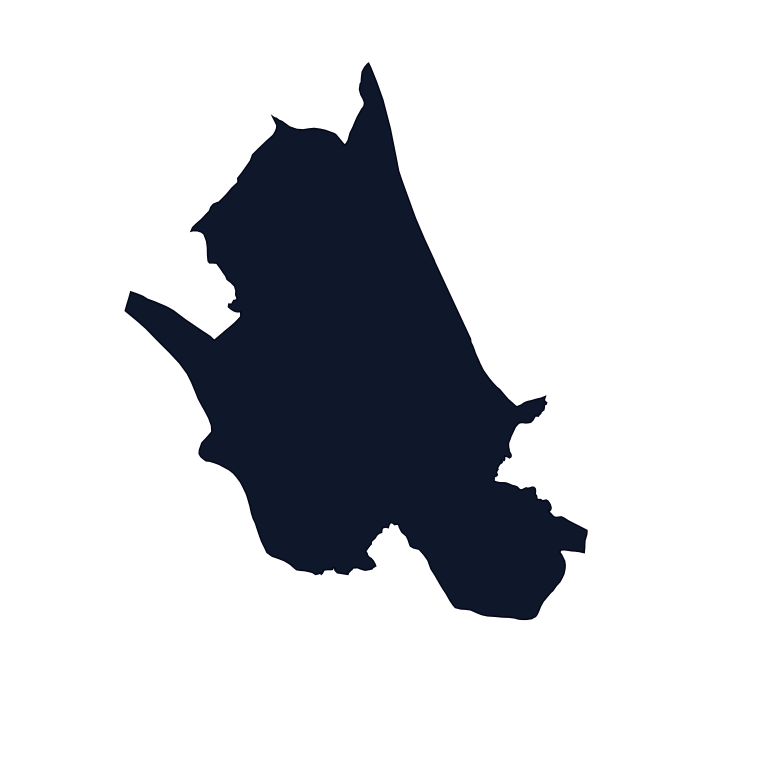 Ponhea Lueu, Kândal, Cambodia, rotated 139°
{"feature_id": "14789045B73499055416904", "entity_name": "Ponhea Lueu", "entity_type": "district", "adm_level": 2, "iso_a3": "KHM", "parent_name": "Cambodia", "parent_adm1": "Kândal", "projection": "robinson", "projection_center": [104.799, 11.777], "detail": "fine", "context": "isolated", "style": "filled", "palette": "ink", "viewbox_px": 768, "rotation_deg": 139, "n_neighbors": 0, "source": "geoboundaries", "source_scale": "gbopen_adm2", "svg_char_len": 5487}
<svg xmlns="http://www.w3.org/2000/svg" viewBox="0 0 768 768"><g transform="rotate(139 384 384)"><path d="M444.8,128.0L443.1,126.5L438.6,121.5L436.8,118.6L434.3,115.9L430.5,112.6L426.1,109.9L424.5,109.8L422.2,109.1L420.0,109.6L417.5,110.6L414.2,112.3L411.4,113.7L409.2,114.5L406.2,115.6L404.3,115.8L401.0,116.4L398.3,116.8L395.1,117.3L392.1,117.3L386.7,118.7L380.9,119.4L376.6,121.0L372.7,122.8L368.6,125.9L366.0,128.6L363.9,131.8L362.8,135.8L362.1,138.7L361.7,141.8L359.5,142.7L356.6,140.6L354.2,137.9L351.5,134.7L349.6,132.9L346.7,129.7L345.0,127.4L343.5,125.4L341.3,127.6L339.3,129.5L337.7,131.4L335.0,134.1L333.1,135.3L330.0,137.3L328.1,139.0L326.9,140.4L334.8,160.0L336.2,164.9L337.4,167.4L339.3,168.7L341.2,170.0L342.7,171.5L343.2,174.2L343.1,175.8L343.3,178.3L342.9,180.5L341.7,179.6L340.3,180.0L339.0,181.1L337.8,183.7L337.5,184.9L337.1,187.9L337.7,190.0L339.1,190.7L341.0,191.7L341.6,194.0L342.6,194.8L344.0,196.2L343.6,197.6L342.3,199.4L342.1,201.7L340.9,202.8L339.3,204.6L338.6,205.9L338.7,207.8L340.2,209.1L341.9,209.7L344.1,211.0L344.8,212.3L346.8,212.9L348.5,213.3L350.2,214.1L350.9,215.7L351.1,219.1L352.5,221.5L353.7,223.0L355.3,226.4L356.6,228.8L357.8,230.3L359.6,231.9L361.2,233.3L363.1,235.7L364.1,237.4L364.7,238.5L361.8,241.6L359.6,240.9L358.1,241.0L357.1,243.6L355.2,244.6L354.0,244.7L353.7,246.1L351.8,246.8L349.9,247.5L348.4,247.6L347.1,247.3L345.6,247.7L346.1,249.3L344.8,249.6L343.4,247.5L342.3,248.1L340.2,250.5L338.4,248.1L337.8,246.0L335.9,245.8L334.6,247.1L334.0,249.5L333.7,251.1L332.5,252.5L332.0,253.8L330.4,256.0L329.2,257.4L327.3,258.7L325.4,259.6L322.5,261.3L312.9,265.5L309.0,266.0L307.1,265.8L304.8,264.2L302.7,261.8L301.4,260.8L299.1,259.3L297.7,258.9L295.0,259.2L292.4,260.1L290.7,260.7L288.6,258.5L287.4,258.9L285.1,259.0L283.6,259.8L281.8,259.8L280.5,259.6L278.7,260.9L276.7,263.0L274.8,262.4L273.5,263.2L273.8,264.5L273.9,266.1L272.8,267.3L270.4,268.7L274.6,270.1L279.1,272.5L283.9,274.7L287.0,276.4L290.2,277.6L294.0,278.0L298.3,279.4L299.2,280.7L299.6,284.6L300.5,290.9L300.5,297.2L300.4,304.1L301.1,307.7L301.3,313.6L301.2,319.4L300.7,324.3L300.2,329.3L298.2,336.9L296.8,341.1L296.0,344.1L294.6,348.4L293.8,350.0L293.3,351.4L292.1,354.6L291.6,356.7L291.1,358.5L289.2,361.3L288.3,364.5L265.8,442.7L265.2,444.0L258.6,466.7L251.7,488.1L247.9,498.1L246.9,500.6L241.6,514.4L236.6,527.2L233.2,535.3L226.9,546.1L211.7,572.7L198.5,599.2L191.6,616.8L186.7,630.9L185.2,636.2L186.6,636.3L190.7,635.7L195.7,633.8L200.0,629.9L202.0,627.8L203.7,626.3L205.0,626.1L209.3,622.3L211.6,617.5L212.7,612.6L214.1,609.1L216.9,606.7L220.4,606.0L228.8,603.0L232.9,601.1L238.9,598.1L244.9,595.6L251.1,591.4L254.8,590.1L257.1,590.3L256.8,603.7L257.4,605.8L259.3,609.2L262.0,614.0L265.3,618.4L269.1,622.7L273.3,625.7L278.4,628.9L282.8,633.3L286.7,640.0L288.8,649.1L290.2,651.7L291.0,655.4L291.9,656.3L292.6,658.9L294.0,653.5L295.1,649.4L297.9,647.0L301.0,645.5L304.6,644.4L312.8,644.3L323.1,643.8L332.7,643.2L338.4,640.0L352.5,636.5L359.4,635.2L361.9,631.9L369.6,631.7L374.1,631.0L378.4,630.3L384.6,629.8L389.2,629.5L391.6,630.5L395.0,631.6L398.9,630.9L402.2,629.0L407.2,628.6L414.1,627.9L420.6,627.9L425.8,627.6L429.3,625.9L427.5,625.0L424.2,622.0L422.0,618.4L421.5,615.1L424.1,608.2L427.7,602.8L432.4,597.2L436.0,592.2L436.2,589.9L433.9,587.9L431.0,585.0L431.3,581.0L431.5,578.4L432.2,573.2L432.5,569.6L433.8,565.7L432.8,561.2L432.5,555.9L434.5,551.5L437.4,548.6L438.6,545.0L440.8,544.3L442.6,545.6L446.6,544.1L448.7,546.1L450.8,544.3L450.3,541.0L449.5,538.3L448.4,536.0L446.8,534.2L444.7,532.9L447.2,529.4L448.2,528.7L451.6,528.3L456.3,527.9L463.0,527.9L469.2,528.1L476.0,528.1L479.8,528.2L483.5,528.2L484.1,534.1L486.9,544.0L489.3,553.2L491.8,562.5L493.5,570.5L494.9,577.2L496.7,582.5L498.1,585.9L503.2,596.3L507.0,603.2L508.6,608.5L511.2,613.6L514.7,619.7L519.5,616.5L525.9,612.5L531.2,609.0L530.4,604.3L528.7,594.1L527.1,582.0L526.6,572.5L525.9,560.9L525.0,548.6L524.5,534.0L525.6,520.8L527.9,511.8L531.9,499.8L533.7,494.8L535.1,488.7L536.8,480.5L538.5,473.4L541.4,465.8L545.3,460.8L552.8,459.7L560.0,459.0L566.5,455.3L569.2,452.7L569.9,449.4L569.3,445.4L568.6,442.7L566.2,440.2L563.5,435.9L561.1,431.5L559.2,426.5L557.1,420.8L556.1,415.6L556.1,410.5L556.6,404.2L557.9,398.7L560.0,391.2L561.8,387.0L565.2,379.7L568.7,373.4L571.0,368.0L572.1,363.8L575.6,355.5L577.7,350.3L579.6,345.4L581.6,337.8L582.8,333.7L581.4,327.5L577.8,321.3L575.0,315.9L573.0,309.5L572.4,304.7L571.8,301.3L569.6,298.6L566.1,295.0L563.6,291.7L561.6,288.8L560.6,285.2L558.4,284.0L555.9,283.0L556.2,281.6L554.8,281.6L551.2,283.0L548.4,281.0L545.9,278.8L544.5,277.9L543.7,278.9L542.0,278.0L543.2,275.3L543.0,272.1L539.2,267.6L536.2,264.0L534.4,264.9L531.6,265.1L529.5,265.1L528.0,265.6L526.3,264.1L524.6,263.0L522.5,259.0L520.3,255.8L517.5,254.1L514.5,252.4L512.8,252.7L509.7,252.1L509.0,253.8L508.2,257.7L508.2,260.5L509.1,263.8L508.7,265.8L508.0,267.1L507.6,269.8L504.6,270.6L500.5,271.5L498.7,271.6L497.1,273.4L494.0,273.6L492.3,273.5L488.5,274.7L485.6,274.6L483.2,273.6L480.9,275.7L478.9,276.3L476.2,274.6L475.0,272.8L473.3,274.0L471.8,274.7L469.6,275.1L468.4,272.8L468.3,271.0L466.3,269.8L465.2,268.4L466.4,265.7L467.7,260.6L466.8,254.6L467.8,250.9L468.9,248.3L470.4,244.5L469.3,241.1L465.9,236.3L465.8,229.2L466.5,222.1L469.8,213.6L470.9,206.1L472.6,197.5L473.7,191.4L474.6,184.7L476.2,177.0L476.8,171.5L476.8,168.5L473.5,163.8L470.2,160.6L466.8,156.8L463.5,149.7L461.3,145.6L457.9,141.1L452.5,135.8L447.9,130.9L444.8,128.0Z" fill="#0f172a" stroke="#020617" stroke-width="1.5"/></g></svg>